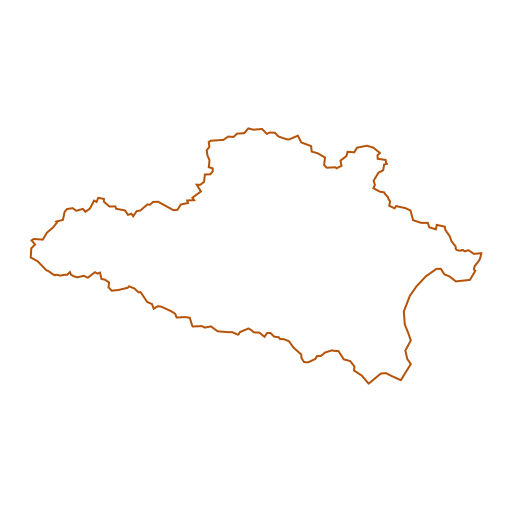 outline of Yabucoa, Puerto Rico
{"feature_id": "32010507B64369847691903", "entity_name": "Yabucoa", "entity_type": "district", "adm_level": 2, "iso_a3": "PRI", "parent_name": "Puerto Rico", "parent_adm1": "", "projection": "orthographic", "projection_center": [-65.894, 18.069], "detail": "fine", "context": "isolated", "style": "outline", "palette": "amber", "viewbox_px": 512, "rotation_deg": 0, "n_neighbors": 0, "source": "geoboundaries", "source_scale": "gbopen_adm2", "svg_char_len": 3341}
<svg xmlns="http://www.w3.org/2000/svg" viewBox="0 0 512 512"><path d="M208.7,142.1L209.4,146.8L206.7,150.4L207.5,155.7L209.5,160.1L208.8,167.2L212.7,168.4L212.8,171.4L210.3,174.3L204.9,174.5L204.0,181.9L200.3,184.8L196.8,184.7L200.9,191.5L192.4,197.7L194.1,200.2L187.2,200.5L188.0,203.0L180.8,204.5L177.5,209.8L173.5,210.2L158.2,201.8L153.1,201.9L149.9,204.8L147.5,204.4L140.3,210.5L136.6,211.2L133.2,216.3L131.3,213.7L128.0,214.9L125.0,210.4L116.2,208.8L115.3,206.4L109.4,206.5L103.9,201.7L103.9,198.9L98.3,197.8L96.5,201.9L94.1,200.6L90.0,208.5L85.4,211.8L82.8,208.9L76.3,210.8L72.7,208.2L67.0,209.0L64.6,211.9L62.9,219.9L56.2,221.6L56.9,222.6L53.1,227.4L46.9,232.7L42.8,239.6L33.7,239.0L31.6,240.4L35.1,244.5L31.3,248.3L30.7,257.5L37.6,261.2L46.5,270.4L48.0,270.8L53.0,274.4L55.0,275.3L56.2,274.7L60.4,275.6L64.9,274.7L67.0,274.9L69.9,272.1L71.0,274.7L74.1,276.4L77.4,277.3L83.9,275.8L87.8,277.7L95.0,272.2L97.4,273.6L100.0,272.6L101.4,278.9L105.0,279.7L109.1,282.5L108.5,287.3L111.7,290.7L118.4,290.0L127.6,287.8L129.1,286.3L134.4,288.5L138.5,292.3L140.6,292.1L147.2,302.0L151.9,304.0L153.8,308.7L157.8,306.2L161.4,306.7L171.1,311.2L175.2,313.8L176.6,317.5L185.4,317.1L189.8,317.8L192.2,325.7L192.8,326.5L201.8,326.1L204.9,327.6L211.0,326.4L215.1,329.5L217.7,331.3L227.2,332.1L229.6,332.2L232.1,332.1L237.9,334.7L238.7,334.2L239.9,332.1L248.4,328.5L250.9,329.8L254.0,332.4L259.3,332.6L264.5,336.8L267.1,333.0L270.5,333.0L274.2,336.7L278.7,337.2L280.1,339.1L284.0,339.2L288.9,341.2L293.6,347.7L301.2,354.4L301.5,358.1L303.9,361.9L306.2,362.3L308.5,362.2L315.4,358.9L316.9,356.1L320.8,356.0L325.1,352.5L332.2,350.3L333.6,350.8L338.5,351.1L343.7,359.3L350.2,361.1L354.4,366.4L354.0,370.5L361.9,375.7L368.6,383.6L368.8,383.5L371.8,381.1L372.3,380.6L380.8,373.6L385.8,373.1L391.8,376.1L399.3,379.5L400.8,380.1L401.9,378.5L404.8,373.7L405.5,372.6L405.8,372.1L410.8,364.1L410.2,363.2L409.0,361.4L407.3,359.1L405.7,352.1L405.3,350.6L410.8,340.5L408.8,334.5L408.8,334.4L405.8,327.0L404.8,324.5L404.8,324.3L404.4,319.0L403.8,311.5L405.5,307.1L409.7,296.3L409.8,295.9L413.2,291.1L416.8,285.9L418.6,284.1L425.8,276.4L426.4,276.0L436.4,268.9L440.3,268.9L440.9,268.9L444.4,274.4L449.4,276.4L455.9,281.4L469.9,279.9L474.4,272.4L475.3,270.9L474.1,269.7L473.9,268.4L474.9,265.9L479.3,260.2L480.5,257.0L481.3,253.2L481.2,253.2L474.0,253.9L468.4,250.2L465.1,251.3L463.6,250.7L463.0,250.0L461.5,250.1L461.0,250.6L459.6,250.7L457.9,250.3L456.5,249.8L456.1,249.3L455.6,248.3L455.7,246.5L451.7,241.5L449.4,235.7L445.2,229.8L445.2,228.7L444.8,226.7L436.8,224.9L435.8,229.3L429.3,227.3L427.8,222.9L421.3,222.9L413.1,220.2L410.5,210.5L405.3,208.1L396.1,206.1L394.6,208.3L389.2,205.8L390.1,201.5L388.5,199.1L388.1,197.3L385.6,194.7L384.0,192.3L379.9,191.7L373.4,188.2L374.9,184.8L373.6,180.7L378.5,172.6L383.2,170.2L384.1,164.6L386.8,163.8L386.0,162.7L385.6,159.9L377.7,158.8L377.5,155.3L379.9,152.9L373.3,147.6L366.9,145.7L357.0,147.7L354.3,152.3L347.6,151.8L346.4,156.1L340.5,160.6L341.5,165.8L336.6,168.3L335.4,167.3L326.7,167.7L324.1,165.0L325.0,157.5L317.5,153.2L311.7,151.6L311.1,146.1L301.2,142.4L297.9,135.7L288.8,139.5L286.3,139.2L278.5,136.5L275.0,132.8L269.6,132.5L266.8,133.9L262.1,129.0L253.3,129.7L248.3,128.4L244.3,133.2L237.1,133.6L233.6,136.9L228.1,136.6L223.4,139.9L210.9,140.7L208.7,142.1Z" fill="none" stroke="#b45309" stroke-width="2"/></svg>